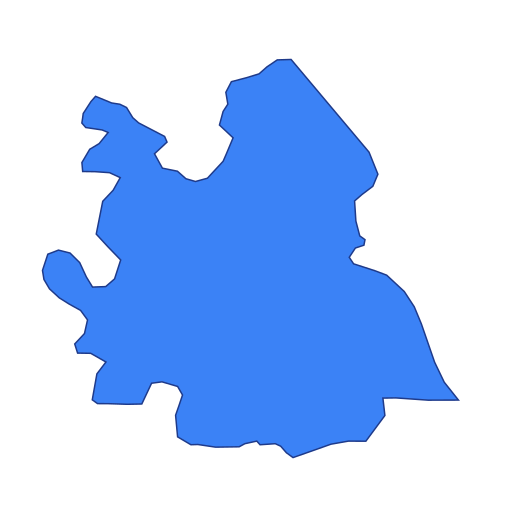 the district of Yeoncheon-gun, Gyeonggi, South Korea, rotated 94°
{"feature_id": "91817680B98224083425041", "entity_name": "Yeoncheon-gun", "entity_type": "district", "adm_level": 2, "iso_a3": "KOR", "parent_name": "South Korea", "parent_adm1": "Gyeonggi", "projection": "mercator", "projection_center": [126.988, 38.108], "detail": "fine", "context": "isolated", "style": "filled", "palette": "blue", "viewbox_px": 512, "rotation_deg": 94, "n_neighbors": 0, "source": "geoboundaries", "source_scale": "gbopen_adm2", "svg_char_len": 1619}
<svg xmlns="http://www.w3.org/2000/svg" viewBox="0 0 512 512"><g transform="rotate(94 256 256)"><path d="M385.6,44.0L368.8,59.4L349.5,70.4L312.2,86.3L295.6,94.6L281.1,105.6L266.0,124.3L262.5,136.0L257.0,158.1L250.8,162.9L241.1,157.4L237.7,149.1L232.1,148.4L228.7,153.9L214.2,158.8L194.2,161.5L187.3,154.6L178.3,144.3L165.9,140.1L144.5,150.5L57.5,234.7L58.9,248.5L66.5,258.2L74.1,265.7L78.9,278.2L83.8,292.7L94.8,297.5L106.5,294.7L114.1,298.9L127.9,301.6L139.7,287.1L156.2,292.7L163.8,295.4L181.8,309.9L185.9,321.6L183.8,331.3L176.9,340.3L174.9,355.5L161.1,364.4L148.6,352.7L143.1,355.5L131.4,382.4L126.6,388.6L116.9,395.5L114.1,402.4L113.4,410.7L107.9,427.2L113.4,431.4L125.9,438.3L130.7,438.6L135.5,439.0L139.7,434.8L141.0,418.3L143.1,412.1L154.8,420.3L161.1,429.3L174.9,436.2L183.8,434.8L183.1,422.4L183.1,407.9L187.3,396.9L200.4,403.1L212.1,412.7L245.3,416.9L257.0,404.5L269.4,390.7L288.7,395.5L297.0,403.8L298.4,416.9L288.7,423.8L274.9,431.4L266.0,441.7L263.9,453.5L266.5,459.0L268.7,463.8L285.3,468.0L288.2,467.3L294.2,465.9L303.2,459.7L311.5,449.3L317.0,439.0L322.5,427.2L331.5,419.6L345.3,421.7L356.4,430.7L365.3,427.2L364.6,414.1L372.2,398.3L384.7,406.5L410.9,409.3L414.3,403.8L413.6,392.7L412.9,374.1L411.6,359.6L390.2,351.3L388.1,341.0L391.6,325.1L399.8,319.6L410.2,322.3L420.5,325.1L441.9,321.6L448.8,307.8L448.1,300.9L449.5,283.0L447.5,259.5L444.0,254.0L440.6,242.3L444.0,238.8L441.9,223.7L444.0,218.1L450.2,211.9L454.5,205.0L446.0,185.3L438.5,168.1L434.2,150.8L433.1,133.5L406.1,116.3L388.9,119.5L387.8,106.6L387.8,94.7L387.8,74.2L385.6,44.0Z" fill="#3b82f6" stroke="#1e3a8a" stroke-width="1.5"/></g></svg>